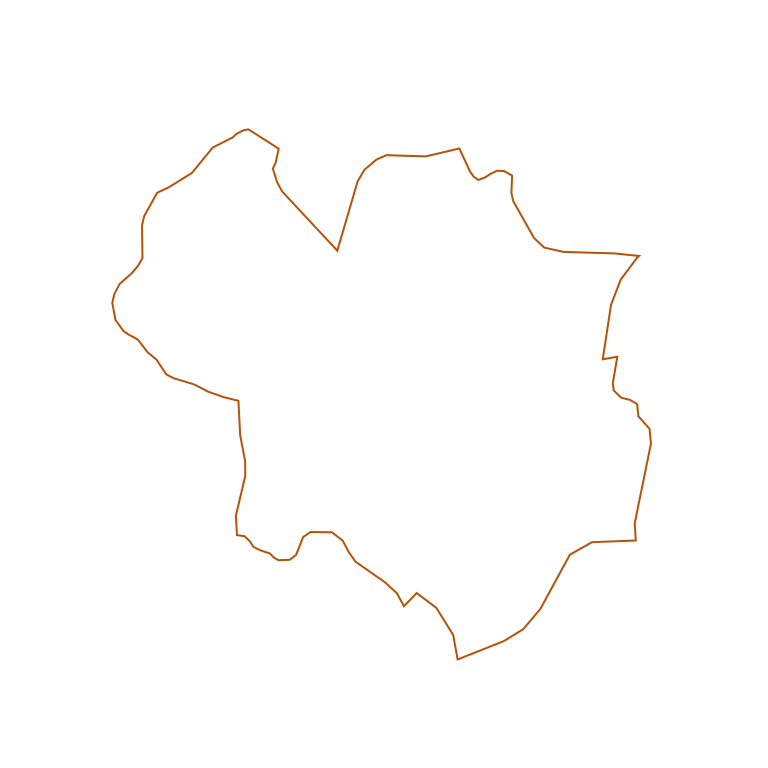 the border of Luxembourg, rotated 285°
{"feature_id": "LUX-908", "entity_name": "Luxembourg", "entity_type": "District", "adm_level": 1, "iso_a3": "LUX", "parent_name": "Luxembourg", "parent_adm1": "", "projection": "albers", "projection_center": [6.069, 49.636], "detail": "fine", "context": "isolated", "style": "outline", "palette": "amber", "viewbox_px": 768, "rotation_deg": 285, "n_neighbors": 0, "source": "natural_earth", "source_scale": "10m", "svg_char_len": 1402}
<svg xmlns="http://www.w3.org/2000/svg" viewBox="0 0 768 768"><g transform="rotate(285 384 384)"><path d="M137.0,526.4L159.6,515.7L181.4,492.4L190.5,469.6L174.5,460.8L185.2,450.7L192.8,436.0L205.0,402.4L212.5,393.5L221.9,384.8L227.3,372.1L222.0,351.3L215.2,345.5L196.2,343.3L189.8,338.4L186.5,327.6L187.9,322.4L190.8,317.7L191.3,308.2L192.8,300.2L197.4,295.0L200.9,288.9L200.0,281.1L218.5,275.0L259.3,273.8L273.6,269.8L297.4,258.3L330.1,247.7L329.8,232.2L331.1,216.2L334.5,200.3L335.1,179.6L337.0,171.1L348.7,157.9L353.4,147.6L363.3,134.5L365.6,124.7L367.7,118.7L376.4,108.0L392.2,100.5L401.3,100.3L412.2,102.7L425.9,111.8L434.4,115.8L443.1,118.1L474.7,109.2L484.1,108.9L510.0,115.4L518.6,125.5L538.1,143.8L568.1,157.4L583.1,174.1L587.7,177.0L592.9,182.9L594.9,187.2L584.0,221.4L569.9,222.1L563.3,220.9L551.3,228.5L543.6,235.8L500.7,304.4L573.0,306.1L586.0,309.7L598.7,318.5L605.6,327.0L614.7,365.5L631.0,395.8L611.2,412.4L607.4,417.2L605.5,422.3L609.2,427.6L614.3,432.3L619.2,437.9L620.8,444.9L618.5,453.8L601.3,457.7L594.1,461.5L563.8,491.2L557.2,503.6L558.1,523.4L569.8,572.9L573.7,597.2L572.0,596.0L546.0,585.6L519.1,582.8L464.5,588.9L470.7,602.3L444.0,604.8L437.2,607.6L432.2,616.5L432.3,625.8L430.1,633.7L418.7,638.1L409.4,652.1L395.5,657.3L314.5,662.2L298.0,667.7L285.0,625.8L267.2,607.7L207.0,593.2L183.2,581.9L166.7,566.3L137.0,526.4Z" fill="none" stroke="#b45309" stroke-width="2"/></g></svg>